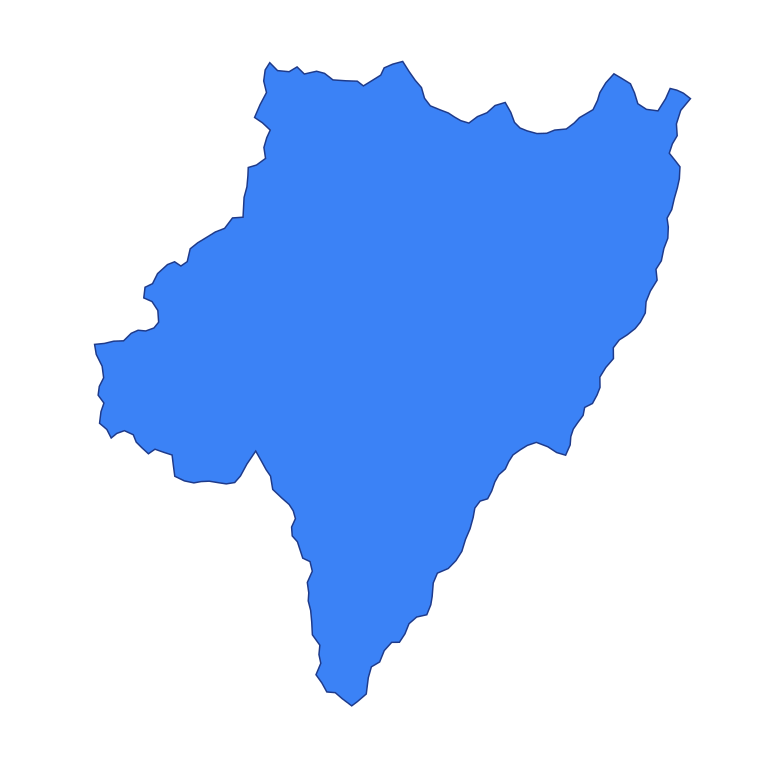 Ervália, Minas Gerais, Brazil (Natural Earth projection), rotated 3°
{"feature_id": "56859067B63219191436637", "entity_name": "Ervália", "entity_type": "district", "adm_level": 2, "iso_a3": "BRA", "parent_name": "Brazil", "parent_adm1": "Minas Gerais", "projection": "natural_earth1", "projection_center": [-42.604, -20.87], "detail": "fine", "context": "isolated", "style": "filled", "palette": "blue", "viewbox_px": 768, "rotation_deg": 3, "n_neighbors": 0, "source": "geoboundaries", "source_scale": "gbopen_adm2", "svg_char_len": 2955}
<svg xmlns="http://www.w3.org/2000/svg" viewBox="0 0 768 768"><g transform="rotate(3 384 384)"><path d="M280.6,71.9L272.9,77.1L261.3,76.6L253.1,69.1L248.9,76.6L248.0,87.7L251.4,99.1L245.6,111.6L240.8,124.6L248.9,129.5L257.1,136.4L254.0,144.2L251.7,154.1L253.9,164.9L245.2,172.0L237.1,174.9L237.2,183.2L236.8,194.2L234.5,205.0L234.5,216.6L234.5,224.8L224.0,226.1L216.7,236.9L207.6,241.0L198.8,247.1L190.7,252.6L183.4,259.1L181.1,272.1L175.0,276.8L168.5,272.9L161.5,276.1L152.1,285.6L147.6,295.9L140.3,299.9L139.6,310.6L148.0,313.8L154.3,322.4L155.7,334.1L151.3,340.1L143.3,343.5L135.6,343.2L128.9,346.6L121.7,354.5L111.8,355.4L102.7,358.1L92.9,359.6L95.1,369.5L101.6,381.0L103.7,392.5L99.8,401.3L99.1,410.1L105.3,417.7L102.8,426.5L102.0,438.1L109.6,443.9L114.4,452.2L119.8,447.3L127.2,444.2L136.3,447.8L139.6,455.0L145.5,460.3L152.4,466.0L158.7,461.1L167.8,463.8L176.1,466.0L177.9,476.3L179.9,487.1L189.7,491.2L199.3,492.7L206.5,491.0L214.5,490.2L223.6,491.2L231.7,492.0L240.1,490.2L245.5,483.3L251.3,471.1L259.4,457.7L265.3,466.9L270.8,475.8L275.5,481.9L278.4,495.1L287.9,503.2L295.6,509.3L300.0,515.4L302.6,523.1L299.2,531.7L300.3,540.5L305.8,546.1L308.8,553.9L312.0,562.2L319.4,565.2L322.2,574.7L317.8,586.2L319.8,596.5L319.7,604.6L322.6,613.9L324.3,625.5L325.6,638.2L333.6,648.2L333.2,657.6L335.5,666.2L331.3,677.9L337.6,685.8L343.0,694.5L351.5,694.8L358.8,700.5L368.6,707.1L374.0,702.6L382.5,694.5L383.7,678.1L386.2,667.1L394.2,661.8L398.2,650.2L405.2,641.6L412.9,641.1L418.0,632.4L421.5,622.1L428.8,615.0L438.8,612.2L442.3,602.0L443.2,593.9L443.6,580.1L447.2,570.1L457.8,564.9L465.1,556.6L470.5,547.0L473.5,535.0L477.5,524.1L480.0,512.7L481.2,503.2L486.1,495.9L493.5,493.2L497.2,485.1L499.8,476.0L503.4,468.6L509.6,462.5L512.6,455.0L516.5,448.1L523.6,442.5L530.4,437.8L539.2,434.3L550.9,438.1L560.0,443.4L569.1,445.6L573.1,435.1L573.3,426.8L575.4,419.1L579.4,412.6L584.5,404.9L585.6,396.9L593.2,392.5L597.3,383.9L599.9,376.1L599.2,365.8L604.6,355.9L611.8,346.6L611.1,335.8L616.7,327.6L624.4,322.1L631.9,315.5L636.7,308.9L641.2,299.4L641.4,288.1L645.1,277.3L651.3,266.0L649.6,255.2L654.5,246.5L656.4,234.0L659.8,223.6L659.7,212.3L658.0,203.6L662.2,194.8L664.2,183.5L666.7,172.7L668.2,163.6L668.2,151.6L663.4,146.0L656.8,138.6L659.4,129.1L663.8,120.7L662.4,109.0L666.0,95.2L675.1,83.0L667.8,77.9L661.0,75.2L654.3,73.9L650.3,84.4L643.3,96.9L631.7,96.0L622.8,90.8L618.9,80.1L614.4,71.3L605.8,66.6L597.4,62.2L589.7,71.7L584.3,81.7L582.4,89.6L578.4,99.1L571.0,104.0L565.2,107.8L560.3,113.4L552.7,119.8L541.1,121.5L533.4,125.1L523.6,125.9L513.6,123.7L506.4,121.2L500.6,115.9L496.4,106.1L490.3,96.5L480.3,100.1L472.7,107.7L463.3,112.1L455.1,119.0L446.9,117.0L440.6,113.8L434.1,110.0L425.7,107.3L415.7,103.8L409.5,96.5L405.9,86.0L399.3,79.1L392.8,70.8L385.8,60.9L376.0,64.1L367.6,68.3L364.6,75.7L355.9,81.8L347.8,87.4L341.5,83.0L330.3,83.2L317.1,83.0L308.4,76.9L300.3,75.2L288.2,78.6L280.6,71.9Z" fill="#3b82f6" stroke="#1e3a8a" stroke-width="1.5"/></g></svg>